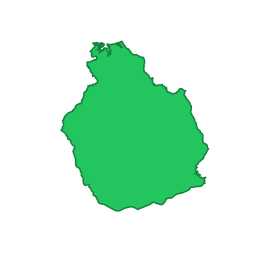 an SVG outline of Paraná, rotated 235°
{"feature_id": "BRA-613", "entity_name": "Paraná", "entity_type": "State", "adm_level": 1, "iso_a3": "BRA", "parent_name": "Brazil", "parent_adm1": "", "projection": "natural_earth1", "projection_center": [-50.532, -24.613], "detail": "fine", "context": "isolated", "style": "filled", "palette": "green", "viewbox_px": 256, "rotation_deg": 235, "n_neighbors": 0, "source": "natural_earth", "source_scale": "10m", "svg_char_len": 5906}
<svg xmlns="http://www.w3.org/2000/svg" viewBox="0 0 256 256"><g transform="rotate(235 128 128)"><path d="M44.8,133.0L46.1,128.5L45.7,124.2L46.0,123.1L47.4,120.7L47.7,119.6L47.7,118.7L47.1,116.9L46.2,115.6L45.6,112.8L45.9,111.8L46.5,110.9L48.0,109.6L49.1,108.9L49.9,108.1L52.0,106.9L52.6,106.3L52.8,104.8L52.8,101.9L53.1,100.6L53.9,98.0L54.2,96.1L55.4,91.2L55.5,89.7L56.0,89.1L58.4,88.1L61.3,85.9L62.1,84.9L64.4,78.7L64.6,75.9L64.8,74.6L65.9,72.0L66.7,71.1L68.7,69.7L77.3,65.5L78.7,65.0L81.6,62.2L83.3,61.2L84.8,61.2L86.3,61.8L87.5,61.8L90.2,62.3L90.9,62.1L92.4,61.2L93.4,61.3L95.0,62.6L97.0,62.2L100.7,62.7L101.7,62.1L102.6,62.5L103.3,63.6L104.0,63.4L104.5,63.0L105.4,60.2L106.0,59.8L107.4,59.6L109.7,60.5L112.7,62.5L113.9,62.7L115.7,62.5L116.3,62.7L117.6,64.2L119.1,63.9L121.1,64.8L122.7,65.0L123.7,64.7L124.9,63.9L127.2,63.8L129.4,65.1L131.7,66.7L133.6,67.6L140.0,69.4L140.6,69.9L141.7,71.5L142.6,73.4L143.1,73.7L144.2,73.6L145.6,72.8L146.1,72.7L149.2,73.0L150.2,73.5L152.0,73.3L152.3,73.5L153.1,72.5L153.5,72.4L154.0,72.5L155.7,73.6L156.1,73.7L156.5,73.2L156.9,73.1L158.4,73.6L160.7,73.3L163.3,72.3L164.2,72.6L164.2,72.1L164.7,72.1L165.0,72.9L164.9,73.7L165.2,74.0L166.4,74.8L166.6,75.2L166.5,76.1L167.0,76.8L167.3,77.1L168.7,77.4L170.4,78.4L171.4,78.5L171.6,79.6L173.1,81.6L174.0,83.7L174.6,88.1L173.5,92.0L174.2,92.9L174.3,94.7L174.8,96.2L175.4,97.1L176.2,98.0L176.3,98.5L175.9,102.1L175.6,102.9L175.0,103.1L175.1,104.1L175.9,104.7L176.4,105.6L176.8,105.8L177.3,105.8L177.4,106.5L177.9,107.6L179.1,109.6L179.5,109.9L180.3,110.9L181.7,111.6L182.3,112.8L182.2,115.3L183.0,115.9L183.7,118.0L185.0,118.9L185.3,119.4L185.0,120.1L184.5,120.6L184.9,121.3L184.8,121.6L183.3,122.6L183.4,122.9L183.9,123.4L183.7,124.2L183.7,125.0L183.5,125.3L182.8,125.3L182.6,125.7L182.7,126.4L183.1,127.5L183.0,128.9L183.2,129.7L185.8,130.6L187.3,130.1L188.8,130.4L189.9,130.3L190.6,129.8L190.5,128.7L191.1,128.8L191.9,129.8L192.6,130.0L195.5,129.9L195.3,129.6L196.0,129.6L197.3,130.7L197.8,130.5L199.3,130.5L199.7,130.3L199.8,130.0L200.1,130.0L200.4,130.9L200.7,131.0L201.9,130.2L202.7,130.2L203.5,131.4L205.1,132.0L205.3,132.3L204.7,133.7L203.7,134.4L203.7,134.7L203.8,136.7L203.3,137.3L203.2,137.8L203.4,138.8L203.3,139.6L202.4,140.7L203.0,142.4L204.6,143.4L204.9,143.3L205.4,142.3L205.9,141.8L206.0,140.3L207.1,139.3L207.9,139.8L208.7,139.9L209.2,140.4L209.4,141.0L210.8,141.2L211.0,141.7L211.3,141.8L212.3,141.1L213.4,145.5L213.4,146.8L213.6,147.3L214.4,147.9L216.0,148.4L216.5,148.4L217.2,147.7L217.6,148.1L216.4,149.9L216.0,151.3L213.9,152.7L213.1,154.3L212.8,155.6L212.3,155.7L211.9,155.3L211.6,154.6L212.4,151.7L213.0,151.0L215.0,149.8L214.7,149.5L213.7,150.1L212.2,150.5L211.7,151.0L210.7,150.1L210.8,151.0L210.4,151.8L209.8,152.3L209.4,152.4L209.8,151.2L209.4,151.4L209.3,151.1L209.6,148.1L208.6,149.5L208.3,149.5L208.9,150.2L208.5,150.6L207.4,149.9L206.7,148.6L206.6,149.2L206.1,148.8L206.8,151.2L204.9,151.5L206.3,152.0L206.6,152.4L206.2,152.7L206.0,153.1L206.6,153.0L207.2,154.0L207.1,154.6L206.3,154.8L205.9,156.0L205.6,156.2L204.9,156.0L204.4,155.3L203.8,155.5L203.3,155.3L203.1,155.7L202.8,155.7L201.2,155.2L199.8,154.1L198.2,152.2L198.9,154.5L199.5,155.1L199.8,155.8L199.7,156.1L198.6,155.9L199.1,156.9L201.6,156.9L201.4,157.3L200.9,157.1L200.6,157.5L201.7,158.0L201.9,158.4L202.2,157.9L203.2,157.9L204.2,157.5L205.7,158.4L204.7,159.3L205.3,159.6L206.0,158.6L207.4,158.8L207.9,158.4L208.6,159.3L206.6,161.0L204.3,165.8L204.3,166.7L203.7,168.3L203.2,168.1L202.8,167.5L202.4,167.4L202.7,166.7L202.0,166.9L201.5,167.4L202.3,167.8L202.6,168.5L200.7,168.3L198.2,168.5L197.5,169.0L197.5,169.6L198.2,169.2L202.6,169.2L203.1,169.0L203.2,169.8L202.5,172.7L201.4,172.8L200.7,172.4L193.4,172.6L193.0,173.3L192.6,173.6L191.1,173.8L190.3,173.4L189.9,173.9L189.3,173.7L188.5,173.9L188.3,173.2L188.0,173.1L187.3,173.6L185.3,174.3L184.3,175.2L183.1,176.9L180.9,178.2L178.8,178.9L178.3,179.3L177.8,180.6L176.1,180.9L175.0,180.7L173.0,179.7L171.5,178.6L171.1,177.8L169.0,176.3L167.2,174.6L165.9,174.2L165.5,173.8L164.2,173.7L163.3,174.3L158.8,175.1L157.3,174.6L156.0,174.7L155.1,175.5L155.1,176.8L154.8,177.0L154.1,176.7L153.6,175.4L152.1,175.1L151.5,174.2L149.2,174.1L148.0,173.6L147.8,173.9L148.8,174.8L146.7,175.3L146.4,175.6L145.6,178.1L144.4,179.8L143.9,181.1L143.2,180.6L142.5,180.7L141.2,181.7L139.9,181.7L139.3,182.5L138.8,181.4L138.3,181.4L137.8,182.1L136.8,181.1L135.4,181.4L134.8,181.0L133.3,182.6L131.0,183.6L130.0,184.7L129.7,186.1L128.9,187.6L129.5,188.6L129.2,189.7L130.3,192.0L130.3,193.2L129.9,194.0L129.1,194.7L126.3,195.5L126.0,195.6L125.5,196.4L124.6,194.8L123.8,194.1L123.6,193.2L123.2,192.9L120.2,193.1L119.1,192.4L117.6,193.0L113.1,193.0L111.3,192.4L109.5,192.4L106.7,190.2L106.1,189.2L104.2,188.1L103.5,188.2L101.4,187.7L100.3,187.9L98.7,187.5L97.2,187.5L94.9,186.5L92.2,186.5L91.8,186.0L91.4,185.7L87.5,184.4L84.0,185.4L82.8,184.8L81.3,185.3L79.4,185.4L74.8,182.0L72.8,181.3L72.1,181.4L69.5,182.9L68.4,182.9L67.5,182.3L65.8,181.8L64.5,181.8L64.3,180.5L62.5,177.5L61.6,174.3L59.7,172.1L59.8,170.8L59.5,169.0L59.5,166.5L58.3,164.7L58.2,164.3L58.5,163.5L57.9,161.6L57.6,161.2L56.5,161.9L56.0,162.0L55.7,160.5L55.2,159.4L54.3,159.0L53.6,159.3L52.8,158.6L52.7,158.9L52.8,160.0L52.7,160.2L52.4,160.2L51.7,159.3L51.7,158.7L52.2,157.0L51.9,156.8L50.6,158.1L49.2,158.0L49.9,159.6L48.5,159.5L48.1,160.2L47.3,158.8L46.9,158.7L46.3,158.8L45.6,159.7L44.6,159.5L44.3,159.6L44.1,159.9L44.1,160.9L43.2,161.7L43.3,162.8L42.9,163.2L42.7,162.6L42.6,161.6L42.2,161.1L41.2,160.5L40.6,160.6L40.2,159.4L39.8,159.3L38.8,159.4L39.0,157.8L38.4,155.9L38.5,154.8L38.8,153.6L39.4,152.4L40.1,151.6L41.3,149.7L41.9,147.6L43.1,146.1L43.4,145.5L43.3,144.9L42.3,143.0L42.4,141.8L43.8,134.8L44.8,133.0ZM209.7,153.2L211.1,152.0L211.5,152.0L211.6,152.6L211.2,154.6L211.2,155.2L211.5,155.9L210.5,156.6L210.0,156.5L209.6,155.9L209.7,155.1L209.2,154.6L209.2,154.0L209.7,153.2Z" fill="#22c55e" stroke="#15803d" stroke-width="1.5"/></g></svg>